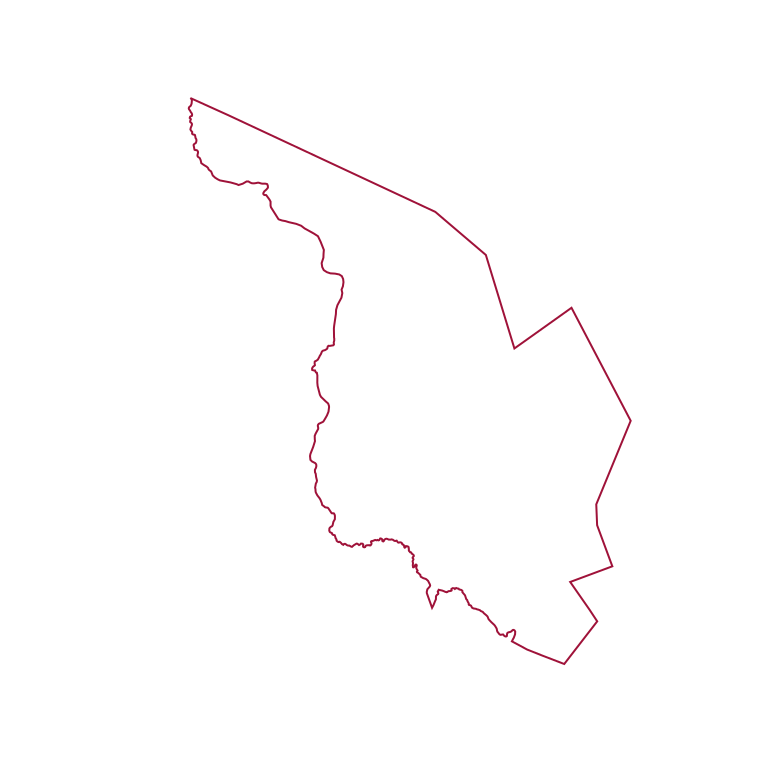 outline of Pilnaniyeu, Río Negro, Argentina, rotated 292°
{"feature_id": "61730980B63808307170695", "entity_name": "Pilnaniyeu", "entity_type": "district", "adm_level": 2, "iso_a3": "ARG", "parent_name": "Argentina", "parent_adm1": "Río Negro", "projection": "mercator", "projection_center": [-70.712, -40.709], "detail": "fine", "context": "isolated", "style": "outline", "palette": "rose", "viewbox_px": 768, "rotation_deg": 292, "n_neighbors": 0, "source": "geoboundaries", "source_scale": "gbopen_adm2", "svg_char_len": 6159}
<svg xmlns="http://www.w3.org/2000/svg" viewBox="0 0 768 768"><g transform="rotate(292 384 384)"><path d="M194.5,512.4L197.5,512.7L202.2,512.7L203.8,512.8L206.4,511.8L207.5,511.8L208.3,512.1L209.5,512.9L210.3,512.8L211.6,511.6L212.2,511.6L212.5,511.9L213.7,511.8L214.3,515.5L214.3,517.8L214.2,518.9L214.5,519.6L214.4,520.1L214.9,520.7L216.0,521.3L216.7,522.7L217.6,523.9L218.0,524.0L218.6,523.5L219.2,523.3L220.4,524.1L220.9,525.7L220.5,526.5L221.9,527.3L221.9,528.6L222.2,529.8L221.7,530.7L222.0,532.7L221.7,534.0L221.4,534.3L220.3,534.7L218.4,538.3L215.4,540.8L214.9,542.0L213.8,542.9L212.3,544.8L211.4,545.1L211.0,545.6L211.2,547.0L211.0,547.8L209.6,549.4L209.4,551.0L210.0,553.5L209.9,555.0L210.1,555.5L210.2,557.7L209.8,558.6L209.7,560.9L209.3,561.7L208.9,562.4L207.9,565.5L207.2,567.1L205.2,569.0L204.5,570.3L203.4,572.7L201.9,576.6L201.1,577.9L199.4,580.1L197.4,581.4L196.7,582.1L196.4,582.8L195.5,584.2L195.1,585.3L195.1,586.0L196.4,588.2L195.5,590.0L195.4,591.1L195.8,592.0L196.3,592.3L199.0,591.6L199.9,592.0L200.6,592.7L201.3,593.8L202.4,594.8L203.7,595.3L204.3,595.7L204.6,596.4L204.4,597.4L203.6,598.4L201.0,599.3L197.3,599.4L196.0,599.2L193.3,599.0L191.4,616.2L191.5,632.6L191.9,656.0L243.8,670.6L251.8,659.0L270.2,630.8L300.5,664.0L332.9,634.5L351.9,625.9L442.3,626.5L524.9,529.3L465.8,491.6L541.8,430.1L562.8,367.1L574.9,138.9L576.6,97.4L576.2,98.5L575.4,99.4L574.5,99.8L571.8,100.6L569.6,100.6L567.9,99.7L567.2,99.6L566.5,99.7L565.7,100.3L564.8,101.8L563.8,102.9L562.9,104.4L562.0,105.1L561.1,105.4L560.6,105.4L559.8,104.5L559.2,104.1L557.9,104.2L557.2,105.7L555.0,105.8L554.2,106.3L554.1,107.1L553.7,107.9L553.1,108.6L551.7,108.9L549.5,108.8L547.6,109.1L546.8,109.9L545.8,111.8L544.2,112.3L544.0,112.7L543.8,113.7L544.1,114.7L544.0,115.5L541.4,117.2L540.6,118.3L539.5,118.9L538.2,119.2L536.9,119.2L535.5,118.2L534.6,117.9L534.1,118.0L530.6,120.3L530.2,120.6L530.2,121.4L530.6,122.5L530.6,123.1L530.1,124.1L529.7,124.5L528.9,124.9L526.3,125.3L525.4,125.8L525.1,126.2L524.8,126.8L524.6,128.1L524.3,128.7L522.8,130.2L520.3,131.9L519.6,134.9L519.1,138.1L518.6,139.5L518.2,140.2L517.6,140.6L516.9,141.8L516.3,144.1L513.2,147.1L512.0,150.2L511.5,153.1L511.3,155.6L513.4,166.2L514.1,172.6L514.0,174.6L516.8,178.0L520.3,180.7L521.0,182.5L520.7,184.2L520.6,186.0L520.9,187.1L521.4,188.4L522.3,190.0L523.2,191.3L523.7,192.4L523.9,194.9L524.2,196.3L525.2,198.6L525.6,200.5L525.5,200.9L524.2,202.1L522.6,202.8L521.7,202.6L520.0,202.0L517.9,200.9L516.1,200.6L515.1,200.8L514.5,201.7L514.5,202.7L515.0,203.8L514.9,204.2L512.1,208.7L510.6,210.5L506.9,212.0L505.5,213.0L497.3,224.4L497.2,225.1L497.4,228.2L498.1,231.6L498.4,235.1L499.6,242.6L499.7,247.9L498.5,252.1L497.2,262.7L496.3,267.4L492.1,272.0L485.8,278.0L482.0,279.2L478.4,280.5L472.7,280.9L469.3,282.9L467.0,285.5L466.3,289.2L466.5,292.8L468.0,297.3L468.8,301.5L468.2,304.5L466.0,306.8L463.2,308.3L459.2,309.3L455.6,309.3L452.7,311.3L448.1,312.2L439.6,311.3L434.8,311.8L430.8,313.2L419.6,315.9L416.8,316.7L408.1,320.4L407.6,320.8L405.6,321.6L403.8,321.8L401.8,322.8L400.9,322.5L399.1,319.6L398.6,318.2L397.6,317.8L395.7,318.1L394.9,317.8L393.3,316.6L392.1,315.0L391.3,314.5L390.6,314.3L388.0,314.3L385.9,313.9L384.9,313.9L381.7,313.5L379.9,312.3L379.4,311.7L378.7,311.4L377.0,312.0L375.6,312.9L374.7,312.6L373.8,311.9L372.4,311.5L371.1,311.6L370.1,312.2L370.3,313.9L370.7,315.0L370.1,315.5L369.2,316.6L369.3,317.5L367.0,319.0L360.2,321.7L357.3,323.2L350.0,328.6L348.5,330.4L346.1,336.3L345.0,339.5L343.2,341.1L342.1,341.7L337.6,342.9L333.5,342.9L329.8,342.4L326.8,341.9L325.9,341.5L322.6,338.4L321.3,338.1L320.4,338.3L318.6,339.5L317.6,339.8L312.4,339.2L309.9,339.2L306.7,340.6L305.2,341.4L299.2,341.9L291.5,342.0L289.5,342.4L286.1,344.2L285.2,346.3L284.9,349.8L284.5,350.6L284.1,351.2L283.3,351.7L282.3,352.1L280.7,352.3L278.5,352.1L276.3,353.1L275.2,354.3L272.3,355.9L269.4,358.0L267.9,358.3L266.2,358.1L262.0,359.0L260.9,359.8L258.8,360.8L257.9,361.4L255.7,364.0L254.1,366.8L253.0,368.3L250.3,370.9L248.7,372.0L248.0,374.7L247.7,375.1L247.7,376.1L248.2,378.1L247.9,379.0L244.8,383.5L244.6,384.3L245.1,385.1L245.2,386.2L244.0,387.5L243.1,388.0L240.2,389.1L237.3,388.7L233.6,389.3L232.7,389.1L231.8,388.3L230.4,387.6L229.6,387.5L227.5,388.2L226.5,389.2L226.3,390.1L226.3,391.4L226.0,391.9L225.4,392.2L225.1,392.8L225.1,393.7L225.2,393.9L225.3,395.0L223.4,396.6L223.0,396.8L222.1,398.1L221.0,398.7L220.5,399.8L220.4,401.0L220.5,401.3L220.9,401.6L221.1,402.0L220.7,403.4L219.8,405.1L219.7,405.7L219.9,406.0L219.7,406.5L220.8,407.0L221.2,407.7L221.1,408.7L220.7,410.1L220.7,411.1L221.2,412.4L220.9,414.3L221.0,415.3L223.2,416.4L225.7,418.3L225.9,419.0L225.8,419.7L225.3,421.2L226.1,421.9L227.4,422.4L227.9,424.0L227.4,424.9L225.8,425.3L225.3,425.6L225.1,426.3L225.3,427.1L225.8,427.6L227.1,427.6L228.0,428.5L229.1,430.9L229.0,431.5L229.4,432.0L230.7,432.3L231.6,432.1L232.1,431.8L232.6,431.1L232.9,431.0L233.6,431.2L234.4,432.5L236.1,434.2L236.3,435.7L237.0,436.4L236.9,436.9L237.0,437.6L237.6,438.1L239.3,438.3L239.5,438.6L239.6,439.3L239.3,440.6L238.8,441.1L238.0,441.1L237.7,442.2L238.2,442.6L239.8,442.8L240.8,443.3L241.4,444.1L241.6,445.0L241.5,446.7L242.2,448.5L242.8,449.3L242.9,450.6L242.5,452.2L242.6,453.2L243.5,454.4L242.5,456.0L242.3,456.6L242.5,457.2L243.1,457.9L243.4,458.8L243.4,459.4L243.2,460.1L242.8,460.7L242.5,460.7L242.1,461.4L242.2,462.2L242.0,462.7L240.8,463.9L240.5,463.8L240.2,464.1L240.0,464.5L240.2,464.8L240.9,465.1L241.3,464.8L241.9,465.0L242.2,466.0L242.3,467.0L242.1,467.7L241.9,468.0L241.1,468.3L240.5,468.8L239.1,469.3L238.4,470.0L238.2,470.8L237.8,471.2L238.0,472.2L237.7,472.7L237.2,473.1L236.8,474.7L236.5,475.5L236.1,475.9L235.6,476.1L234.2,475.6L233.6,475.6L233.3,475.8L233.1,476.4L232.4,477.0L230.4,476.9L228.8,478.0L226.7,478.6L225.0,479.6L225.1,480.1L225.4,480.3L226.7,480.7L228.2,480.8L228.4,481.0L228.6,481.3L228.5,481.9L227.9,482.4L226.0,482.6L225.0,483.2L223.6,485.0L222.3,484.8L221.9,485.1L221.7,485.7L221.7,486.4L220.8,488.7L220.6,489.2L220.3,489.3L219.1,490.3L218.7,493.1L218.9,495.5L218.8,496.4L218.0,498.6L215.4,501.6L214.4,502.3L213.3,502.3L209.9,501.1L207.4,501.5L206.2,502.0L194.5,512.4Z" fill="none" stroke="#9f1239" stroke-width="2"/></g></svg>